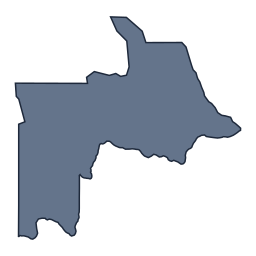 Lewis, Idaho, United States of America (Albers equal-area conic projection)
{"feature_id": "52423323B22879230653922", "entity_name": "Lewis", "entity_type": "district", "adm_level": 2, "iso_a3": "USA", "parent_name": "United States of America", "parent_adm1": "Idaho", "projection": "albers", "projection_center": [-116.379, 46.23], "detail": "fine", "context": "isolated", "style": "filled", "palette": "slate", "viewbox_px": 256, "rotation_deg": 0, "n_neighbors": 0, "source": "geoboundaries", "source_scale": "gbopen_adm2", "svg_char_len": 2583}
<svg xmlns="http://www.w3.org/2000/svg" viewBox="0 0 256 256"><path d="M126.4,17.4L110.6,16.9L116.9,31.0L126.8,41.0L129.1,66.9L126.5,75.2L120.7,76.4L115.8,73.5L109.3,75.4L94.3,71.6L86.6,77.3L87.5,83.4L15.4,83.2L16.3,96.4L18.8,99.1L24.9,121.8L18.7,124.2L18.7,205.5L18.5,237.0L18.7,236.6L20.0,235.5L21.5,235.9L23.9,235.8L28.3,237.0L30.9,238.8L32.8,239.1L35.1,237.7L36.5,236.0L37.6,233.2L36.7,228.8L36.0,222.8L38.4,219.0L42.0,218.2L45.2,218.3L46.1,219.3L47.4,219.9L48.2,219.5L49.5,219.1L51.7,219.6L54.0,220.8L56.1,221.8L58.1,222.4L58.9,223.9L60.5,225.6L62.4,227.5L63.2,228.8L64.3,230.3L65.7,231.9L67.4,233.0L69.0,233.6L70.0,235.0L71.5,236.0L72.6,235.7L74.3,235.1L75.4,233.5L76.0,231.2L75.5,229.1L74.9,227.1L75.4,225.2L76.0,224.0L76.5,222.7L77.9,221.1L78.1,219.5L78.6,218.5L79.0,217.8L79.0,216.7L78.7,215.1L78.6,214.0L79.2,212.1L79.3,208.2L79.3,203.4L79.3,197.4L79.4,188.1L79.4,177.1L79.3,175.4L80.1,174.6L80.5,175.3L81.3,176.0L82.3,177.1L84.1,177.9L85.3,178.0L86.8,178.3L88.4,178.4L90.1,178.9L91.2,178.3L91.8,177.0L91.8,175.3L91.4,173.5L90.8,172.9L90.5,172.1L91.0,171.6L91.0,169.8L90.5,168.4L91.4,167.0L92.5,165.7L92.9,163.7L93.6,162.1L95.0,160.5L95.5,159.1L96.0,157.9L96.0,156.1L97.3,154.6L98.0,152.6L98.2,150.4L98.7,148.8L99.1,146.6L99.4,145.3L99.8,144.3L101.1,143.5L102.1,143.9L103.2,143.8L104.4,143.2L105.7,142.2L106.7,141.2L108.5,141.2L109.8,141.4L110.9,142.2L112.4,143.7L113.8,144.9L115.7,146.0L117.2,146.6L119.3,147.5L121.0,147.7L122.5,147.6L123.8,148.3L125.5,149.2L127.2,149.1L129.3,149.1L130.6,149.0L132.1,148.8L134.2,149.0L136.3,149.4L138.1,149.5L139.3,150.0L140.6,151.5L141.8,153.3L143.4,155.0L144.5,156.0L146.6,156.9L148.3,157.6L151.2,156.2L153.7,154.3L156.1,154.9L157.2,155.6L159.3,157.0L161.5,156.7L163.3,155.8L165.4,156.5L167.4,157.7L168.3,159.7L169.9,160.8L171.6,161.3L173.8,160.3L175.9,161.2L177.8,161.9L181.0,164.1L182.9,163.9L183.8,163.3L185.0,161.7L185.6,157.7L185.3,155.3L186.1,152.0L187.6,150.1L188.9,149.0L190.6,148.3L191.8,147.2L192.4,145.5L193.4,143.3L195.5,140.6L196.3,138.9L197.8,137.1L200.1,136.1L201.5,135.3L204.6,135.0L206.3,136.5L209.4,137.0L213.8,137.6L217.5,138.0L220.1,137.7L222.1,137.3L223.3,136.7L225.5,136.8L227.6,137.2L230.3,136.5L233.3,135.2L235.5,133.8L237.5,132.4L239.2,131.0L240.5,130.4L240.6,128.2L238.7,126.4L235.5,123.6L232.6,121.6L230.6,117.3L225.4,115.9L221.7,115.3L217.7,112.6L215.2,107.8L211.6,103.5L208.7,101.7L204.5,95.9L203.8,92.4L201.7,87.5L199.8,82.0L197.8,78.8L197.1,76.8L196.0,72.8L193.1,69.8L191.7,65.8L190.5,61.9L186.0,47.0L181.8,42.5L145.9,42.6L142.2,31.2L126.4,17.4Z" fill="#64748b" stroke="#1e293b" stroke-width="1.5"/></svg>